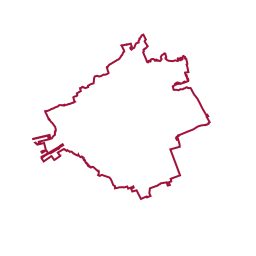 the district of Kota Probolinggo, Jawa Timur, Indonesia, rotated 234°
{"feature_id": "22746128B48742890195125", "entity_name": "Kota Probolinggo", "entity_type": "district", "adm_level": 2, "iso_a3": "IDN", "parent_name": "Indonesia", "parent_adm1": "Jawa Timur", "projection": "mercator", "projection_center": [113.213, -7.771], "detail": "fine", "context": "isolated", "style": "outline", "palette": "rose", "viewbox_px": 256, "rotation_deg": 234, "n_neighbors": 0, "source": "geoboundaries", "source_scale": "gbopen_adm2", "svg_char_len": 5870}
<svg xmlns="http://www.w3.org/2000/svg" viewBox="0 0 256 256"><g transform="rotate(234 128 128)"><path d="M190.3,70.9L189.4,70.5L186.9,70.2L186.0,69.9L183.1,69.4L181.6,68.9L181.4,69.6L179.8,69.3L177.7,69.4L176.8,69.7L171.7,69.7L169.2,68.7L168.1,67.8L168.3,67.0L168.0,66.8L167.5,66.7L167.3,66.2L166.6,65.6L166.2,65.6L165.4,64.8L165.4,63.5L165.2,62.3L164.4,60.3L164.9,58.9L168.5,60.5L175.0,44.9L174.8,44.8L168.9,58.7L165.4,57.2L169.3,47.8L168.8,47.6L168.3,48.7L167.4,48.3L167.9,46.6L167.4,46.4L168.0,45.1L170.5,44.6L170.6,44.3L167.8,44.9L165.2,51.3L159.4,49.0L158.4,47.8L158.6,45.9L159.5,45.9L159.8,44.2L159.2,44.1L159.2,43.9L158.4,43.9L158.0,48.7L157.8,48.8L155.8,48.6L155.1,48.5L154.7,48.1L155.0,44.3L155.7,40.3L154.9,44.2L153.4,60.2L153.2,61.9L153.4,62.2L153.5,62.7L153.3,65.5L152.2,65.4L152.5,62.2L152.8,62.0L152.9,60.5L152.0,60.4L152.0,59.5L153.0,59.4L153.1,59.1L153.2,58.4L152.4,58.2L153.1,50.3L153.2,50.1L154.0,49.3L154.5,44.2L154.5,40.3L150.5,40.1L150.3,49.5L150.1,49.6L145.6,49.5L145.4,49.6L145.2,56.8L145.3,56.9L145.4,56.6L149.4,56.8L148.7,63.9L148.2,64.0L147.8,63.9L147.5,64.4L147.2,64.5L146.4,64.6L145.6,64.8L145.7,65.9L143.2,66.8L143.3,67.1L142.8,67.4L142.0,68.5L139.4,68.9L139.3,69.2L138.1,69.5L137.3,69.9L137.2,70.1L136.4,70.4L136.3,70.6L135.6,70.8L135.3,71.1L135.1,71.4L135.6,72.2L134.6,72.0L133.6,72.2L133.1,72.2L132.1,72.7L132.1,73.9L130.2,74.5L130.1,73.9L128.4,74.2L128.3,73.5L127.3,73.6L126.8,74.1L126.0,73.7L124.7,73.4L123.7,73.5L123.8,74.0L121.2,74.2L121.1,73.4L120.5,73.5L120.5,74.2L119.5,74.5L119.2,74.1L117.8,74.7L117.8,75.9L116.9,77.0L110.7,78.3L110.6,79.0L109.7,78.7L108.1,77.3L107.5,76.1L105.9,76.9L105.5,79.1L105.1,79.5L98.8,83.9L96.9,84.0L95.4,83.8L90.4,82.5L88.6,83.3L86.9,82.0L85.8,84.2L85.2,86.0L83.0,89.2L82.3,89.7L81.1,93.0L78.9,92.5L77.6,97.1L77.6,97.9L76.5,97.6L77.0,94.8L74.1,94.2L72.5,98.3L63.0,96.8L62.1,100.9L61.6,102.8L60.7,102.6L59.8,106.3L62.7,106.9L66.3,110.3L63.9,118.6L64.1,118.8L64.2,119.1L63.8,121.0L64.1,121.7L61.3,127.3L58.1,126.3L57.6,127.3L57.3,128.4L60.1,129.0L59.4,131.6L60.2,131.9L60.7,132.4L61.8,132.7L59.1,142.3L85.8,149.7L82.4,158.8L83.0,159.1L83.4,159.5L85.1,160.4L86.0,160.7L89.4,161.9L89.8,160.6L91.6,160.9L91.3,162.3L92.2,162.4L91.7,163.9L92.6,164.1L92.5,164.6L91.9,166.2L89.9,174.7L88.5,179.9L88.2,185.2L87.1,188.6L85.4,191.7L84.9,193.0L84.6,192.9L84.2,194.3L84.2,194.9L84.0,195.7L84.1,195.9L84.7,196.0L84.7,197.5L90.7,198.2L90.4,199.8L92.1,199.9L92.3,198.9L100.2,199.7L106.6,200.8L111.1,201.4L116.2,201.2L119.0,201.5L122.2,202.0L123.6,202.1L124.8,200.3L125.4,199.9L126.3,199.6L126.6,199.2L126.7,197.3L127.2,196.0L127.1,195.1L127.3,194.7L128.5,193.3L128.7,192.9L128.7,191.5L128.9,191.0L129.2,190.8L130.5,189.6L132.1,187.4L132.4,187.5L135.4,188.7L135.1,191.5L136.0,191.8L136.1,192.6L135.7,193.4L134.7,193.1L134.5,193.9L135.0,194.1L135.5,193.7L136.0,194.0L135.7,194.9L134.7,194.7L134.4,195.7L133.7,195.4L133.4,196.5L132.9,196.4L131.8,199.9L132.5,200.1L132.3,201.0L131.5,200.7L130.6,204.0L131.4,204.3L131.2,204.9L132.5,205.5L132.7,204.8L135.0,205.5L134.9,205.9L135.0,206.0L136.4,206.4L136.6,205.8L138.1,206.2L139.3,206.7L137.7,209.7L143.4,212.3L144.9,212.7L144.9,213.6L146.2,214.3L149.0,215.4L149.8,215.8L150.6,215.0L150.9,215.1L151.4,215.7L152.0,215.9L152.6,215.5L153.5,215.3L153.7,215.2L153.8,214.9L153.6,214.4L153.0,213.7L152.0,213.0L151.7,212.7L151.6,212.4L151.7,212.0L151.9,212.0L153.5,212.2L153.8,211.8L152.3,210.9L152.0,210.6L151.9,210.3L152.1,210.0L152.6,209.9L153.7,210.0L154.4,209.9L155.0,209.3L155.0,209.1L153.2,208.3L152.9,207.7L153.0,207.5L154.6,206.3L155.0,205.9L155.2,205.5L155.5,204.0L155.8,203.5L158.5,200.4L160.1,199.5L161.0,199.6L161.3,199.3L162.1,199.1L162.7,199.5L162.9,200.6L163.2,200.8L165.2,201.4L165.8,201.8L166.5,201.8L167.0,201.3L166.7,200.8L167.0,198.6L166.9,197.8L166.4,197.0L166.2,196.4L165.8,196.1L165.0,195.8L164.4,195.8L163.9,195.6L163.6,195.0L163.6,194.2L163.3,193.8L163.3,193.3L164.0,192.6L164.9,192.2L165.0,192.1L165.3,191.0L165.8,190.9L166.3,191.3L166.8,191.0L166.8,190.6L166.4,189.8L166.5,189.4L168.6,189.3L169.5,188.3L169.9,187.2L169.9,186.6L168.7,185.5L168.6,185.2L168.8,184.9L169.6,184.9L170.0,184.7L170.1,183.9L170.0,183.5L169.4,183.2L169.3,182.9L169.5,182.6L169.8,182.3L170.2,182.3L170.9,182.4L173.1,183.1L177.9,184.1L180.4,184.8L180.6,185.8L182.0,186.4L181.9,187.0L182.0,187.5L182.4,187.7L182.4,188.0L182.0,188.9L182.6,192.0L188.3,192.3L188.9,193.4L189.0,194.4L194.5,195.3L194.9,193.4L194.1,192.3L194.1,191.9L193.6,190.6L193.7,189.9L192.9,189.6L192.7,189.2L192.6,188.4L192.0,187.5L190.9,186.9L191.6,184.8L191.5,183.7L189.2,180.1L189.6,178.6L189.3,176.9L190.0,176.6L191.4,176.8L191.7,177.7L191.6,178.9L194.6,179.8L195.5,177.4L196.3,176.3L196.0,176.0L196.0,175.8L196.6,175.3L197.2,174.2L197.2,173.8L198.6,171.6L198.7,171.2L197.9,171.2L193.3,170.4L192.2,169.9L192.3,169.5L191.9,168.9L191.9,168.4L190.9,166.9L190.4,165.9L190.4,165.1L189.5,163.1L189.0,160.9L189.4,159.3L189.4,157.8L189.6,156.6L189.6,155.3L189.8,154.4L189.9,152.1L190.2,150.6L190.0,149.7L190.1,149.3L189.3,147.3L189.7,146.7L189.4,146.4L187.3,145.8L186.1,145.2L185.2,145.1L183.9,144.6L183.8,144.4L184.0,142.8L184.4,141.0L184.8,140.6L185.0,140.1L185.6,139.5L185.8,137.1L186.5,135.0L186.9,134.6L187.9,134.2L188.4,133.6L189.2,131.6L188.4,130.0L185.8,127.8L184.4,126.4L185.3,123.7L185.7,120.5L185.0,120.1L184.8,119.5L184.6,119.5L185.4,116.9L186.7,116.1L187.9,115.6L188.1,114.7L187.8,114.4L188.4,112.6L185.6,111.5L186.1,106.9L184.7,106.5L184.7,106.4L184.1,105.9L184.2,104.7L184.5,104.3L185.0,102.6L185.0,101.8L181.6,100.5L180.5,100.6L180.8,99.4L180.5,99.2L181.5,96.1L181.6,95.1L182.1,94.6L182.3,93.9L182.2,93.9L182.3,93.1L182.8,92.3L183.4,90.6L183.6,89.8L184.2,90.0L184.4,88.7L184.7,88.5L184.9,88.5L185.2,88.1L185.6,87.4L186.0,87.1L186.9,85.7L186.7,84.1L186.7,83.6L187.1,82.6L187.5,81.1L187.7,79.0L188.4,77.3L188.5,75.5L189.2,72.7L189.5,72.4L190.3,70.9Z" fill="none" stroke="#9f1239" stroke-width="2"/></g></svg>